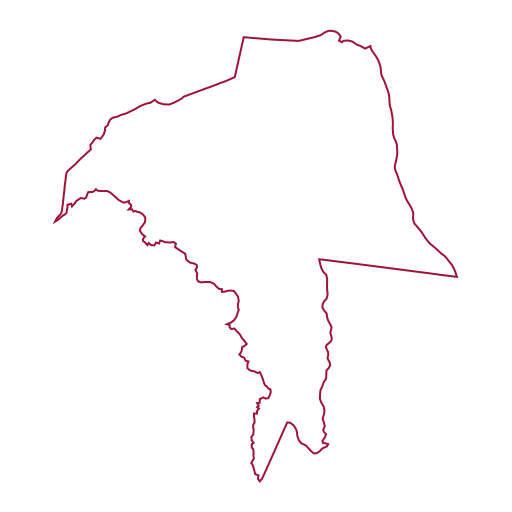 outline of Lambari D'Oeste, Mato Grosso, Brazil
{"feature_id": "56859067B64272920889218", "entity_name": "Lambari D'Oeste", "entity_type": "district", "adm_level": 2, "iso_a3": "BRA", "parent_name": "Brazil", "parent_adm1": "Mato Grosso", "projection": "albers", "projection_center": [-57.818, -15.449], "detail": "fine", "context": "isolated", "style": "outline", "palette": "rose", "viewbox_px": 512, "rotation_deg": 0, "n_neighbors": 0, "source": "geoboundaries", "source_scale": "gbopen_adm2", "svg_char_len": 4947}
<svg xmlns="http://www.w3.org/2000/svg" viewBox="0 0 512 512"><path d="M340.7,36.6L339.0,34.1L337.2,32.6L335.1,31.5L332.9,31.1L330.6,30.7L328.3,30.9L326.3,31.8L324.2,32.8L320.9,35.0L318.2,36.0L315.1,37.0L298.7,40.9L278.2,39.9L271.3,39.5L243.7,37.2L234.8,77.1L225.7,81.1L219.2,83.5L209.5,87.2L207.1,88.0L183.4,96.8L181.8,98.5L177.9,100.7L174.1,102.6L169.3,104.5L166.5,104.4L163.6,104.3L158.7,102.9L156.6,101.5L154.9,99.8L153.2,100.9L150.3,102.8L146.8,103.5L141.9,105.3L139.7,106.4L137.7,107.5L135.7,108.8L133.7,109.8L130.6,111.3L125.5,113.7L121.1,114.9L117.3,116.7L114.9,117.2L112.6,117.8L110.3,119.5L108.7,122.4L107.8,125.2L105.2,127.4L104.9,130.8L103.9,134.1L102.0,136.9L100.3,138.9L96.6,137.6L94.1,139.9L92.2,142.8L90.4,145.0L90.4,147.1L90.9,149.3L86.3,153.5L80.0,159.4L78.2,161.2L75.7,163.9L73.3,166.0L71.4,167.7L67.8,170.8L66.5,173.0L65.9,176.5L65.7,178.7L65.1,183.1L64.8,185.3L64.5,188.4L64.3,190.8L63.8,194.8L63.3,199.6L62.7,205.2L62.3,207.5L62.1,209.6L61.4,212.8L60.1,214.7L56.9,218.0L55.1,221.6L57.7,220.0L60.2,217.9L63.2,215.3L65.2,214.3L66.6,212.5L67.1,209.1L67.5,207.0L67.4,204.9L71.2,203.7L72.0,206.4L74.6,203.6L76.1,201.3L77.7,200.0L80.8,198.0L84.3,198.7L86.1,197.6L87.1,194.8L88.2,192.1L92.3,192.0L94.3,191.1L95.9,189.2L97.7,190.7L100.7,191.0L107.4,191.1L110.2,192.5L112.4,194.3L119.0,200.3L123.5,202.6L125.8,202.3L128.9,200.9L128.9,203.0L131.0,204.7L131.2,206.8L128.7,209.5L132.0,209.3L133.4,211.6L135.7,211.0L137.6,212.0L139.7,212.3L142.9,214.4L145.1,217.2L145.3,220.1L144.8,222.4L143.1,224.9L140.4,228.3L140.0,230.9L142.2,234.2L145.1,236.4L143.2,238.6L142.9,240.8L145.4,242.8L147.5,245.1L148.7,243.0L151.1,245.1L154.4,245.4L156.1,242.5L159.0,243.5L160.2,240.5L162.7,241.2L165.1,242.2L168.0,242.4L170.5,242.5L173.4,242.0L175.9,243.5L175.1,247.2L181.3,251.3L185.2,253.7L186.3,259.6L189.8,262.5L194.4,263.6L196.6,264.9L197.1,267.2L195.4,269.8L197.3,273.6L196.8,276.8L197.1,279.5L198.5,281.6L201.3,282.4L204.9,282.0L208.1,282.0L210.7,282.2L214.2,283.9L216.5,286.7L219.1,288.9L221.9,289.2L221.9,291.9L224.6,291.7L228.1,290.7L231.6,290.6L233.6,290.9L235.0,292.4L236.5,294.4L238.1,296.9L238.7,300.8L238.0,304.1L237.9,307.7L238.8,309.8L237.6,312.8L236.6,316.3L234.3,320.0L231.2,322.4L227.0,324.2L229.6,325.0L229.6,327.2L231.3,329.1L234.4,328.5L236.9,331.4L240.3,334.9L241.6,337.6L243.7,340.0L245.0,341.6L246.7,343.9L244.2,346.2L242.2,347.0L241.7,350.6L240.9,352.6L239.3,354.5L241.7,356.8L244.1,357.7L245.7,360.8L248.5,361.5L247.4,364.0L247.4,368.1L249.2,369.8L251.3,370.8L254.1,371.3L257.9,373.1L259.7,372.0L261.1,374.6L262.9,379.2L263.9,382.7L264.7,384.7L266.9,386.7L268.6,388.6L270.5,389.4L270.7,392.4L269.8,395.0L268.4,398.1L265.6,398.6L263.4,397.4L259.8,399.1L259.7,402.7L257.1,403.1L258.7,405.8L257.1,407.1L259.0,408.6L256.9,411.2L257.1,413.5L253.9,413.5L254.0,416.5L254.4,419.0L254.6,422.5L253.3,424.6L253.1,427.3L253.7,430.0L253.3,434.4L251.3,437.0L251.7,440.3L253.6,442.9L251.7,444.2L251.8,447.6L253.3,449.5L253.6,452.0L253.4,455.5L253.8,458.6L252.5,460.9L251.3,463.0L252.9,465.4L253.5,467.7L254.1,469.7L254.6,471.7L255.2,474.1L258.5,475.4L257.9,478.8L259.7,481.3L261.9,479.0L266.2,469.7L287.2,422.5L290.1,422.7L293.9,425.6L296.3,429.8L297.0,432.5L297.3,435.6L298.1,438.4L298.9,440.3L301.2,443.2L306.1,445.6L308.8,448.6L311.1,451.1L313.7,453.3L316.4,453.3L319.4,451.5L322.5,448.4L327.1,446.3L328.2,444.1L325.6,443.4L323.0,443.0L322.4,441.0L324.7,437.5L326.1,434.2L323.9,431.9L323.2,430.0L324.8,426.1L323.7,421.8L322.6,418.9L323.3,416.4L324.0,414.4L324.5,410.6L323.6,406.5L321.1,402.1L319.9,398.8L320.0,394.8L320.5,390.1L322.3,386.4L323.6,382.4L326.1,378.6L326.5,370.2L328.4,368.5L330.2,365.4L329.6,362.2L328.5,360.4L327.5,358.2L328.2,355.1L328.2,352.4L325.8,347.1L326.5,345.2L331.2,341.0L331.8,338.4L331.3,336.3L330.3,332.4L331.0,330.1L331.6,327.3L330.1,324.1L328.0,320.2L327.1,317.3L326.7,313.6L323.5,309.7L322.3,306.7L322.8,304.1L323.6,302.1L324.9,300.4L326.5,298.8L327.2,296.5L327.6,294.0L327.2,289.9L327.0,287.2L327.1,283.5L327.1,278.5L326.3,275.0L323.3,271.8L322.1,269.7L321.2,267.7L320.2,264.1L319.6,261.5L319.2,259.3L324.8,259.9L358.9,264.2L432.4,273.7L441.0,274.9L456.9,276.9L455.1,271.4L454.1,269.0L453.0,267.0L451.9,264.6L450.3,263.0L446.1,257.5L443.9,255.4L441.3,253.6L435.9,248.5L433.2,246.3L429.4,243.1L425.8,238.6L422.3,233.2L420.6,230.8L418.4,228.1L414.9,224.2L413.6,221.4L412.9,218.0L413.3,213.8L412.9,211.8L411.2,207.6L406.8,200.2L405.2,196.5L402.9,189.7L400.5,184.2L398.7,179.4L397.2,174.5L395.6,171.1L394.8,167.5L394.9,165.4L396.2,160.4L397.2,154.4L397.3,151.3L396.8,144.4L395.9,141.6L394.1,137.8L393.1,134.2L392.7,128.0L392.9,123.1L392.7,119.7L392.5,117.0L391.2,110.3L389.6,104.6L389.4,98.5L388.9,94.4L388.0,91.2L384.5,81.5L382.3,76.9L381.4,74.7L381.0,72.1L380.5,66.8L379.0,62.2L377.8,59.5L376.0,56.3L372.2,51.1L370.8,48.2L370.3,46.1L365.1,48.6L362.4,47.1L359.9,45.7L357.2,44.8L354.7,43.1L351.9,41.4L348.2,40.5L343.7,40.8L341.7,42.2L339.0,40.6L340.7,36.6Z" fill="none" stroke="#9f1239" stroke-width="2"/></svg>